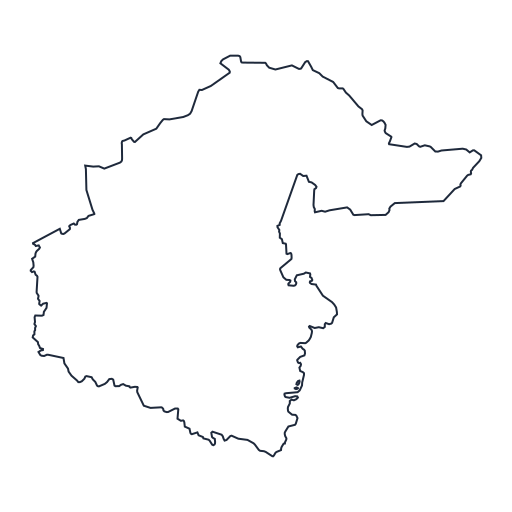 an SVG outline of Tyumen'
{"feature_id": "RUS-2398", "entity_name": "Tyumen'", "entity_type": "Region", "adm_level": 1, "iso_a3": "RUS", "parent_name": "Russia", "parent_adm1": "", "projection": "orthographic", "projection_center": [69.281, 57.561], "detail": "fine", "context": "isolated", "style": "outline", "palette": "slate", "viewbox_px": 512, "rotation_deg": 0, "n_neighbors": 0, "source": "natural_earth", "source_scale": "10m", "svg_char_len": 5982}
<svg xmlns="http://www.w3.org/2000/svg" viewBox="0 0 512 512"><path d="M224.6,440.6L223.6,438.8L222.8,436.3L221.6,434.7L212.5,431.7L211.3,432.8L212.0,436.9L212.7,437.7L214.8,438.9L215.1,442.0L215.0,443.4L214.5,444.5L213.3,445.2L212.2,444.7L209.6,440.6L208.6,439.7L203.4,438.4L202.9,437.0L198.6,435.3L197.4,432.4L191.8,434.2L190.9,433.7L190.4,432.9L189.5,428.7L184.8,426.6L184.3,422.2L183.8,420.9L183.1,420.4L180.9,420.8L177.5,418.7L178.3,409.3L177.7,408.5L175.1,408.5L168.1,412.0L166.7,412.1L164.4,411.4L163.5,410.5L163.2,408.9L162.2,407.7L161.3,407.3L150.5,407.9L143.8,405.7L137.3,392.2L137.1,390.7L137.7,387.4L137.4,387.0L134.9,386.8L130.5,387.6L129.7,387.2L129.5,386.4L129.0,386.2L125.9,385.7L123.2,384.1L121.0,384.8L119.2,386.1L115.4,386.2L114.5,385.6L113.2,379.6L111.8,378.8L109.3,379.1L107.0,382.1L104.8,383.9L98.9,386.4L97.6,386.1L97.0,385.5L95.3,381.9L92.8,379.4L91.6,377.2L86.5,376.1L85.3,376.6L84.4,378.7L81.8,381.3L79.9,382.1L78.3,382.1L77.0,380.5L71.5,375.7L68.6,371.6L68.0,368.6L64.4,363.4L63.5,358.0L48.4,354.8L47.0,354.7L44.1,356.0L41.5,355.7L40.3,355.0L38.5,352.0L40.8,350.5L42.9,350.1L43.0,349.0L40.0,348.0L39.1,345.6L38.2,344.3L37.9,342.1L32.7,337.4L33.1,335.4L34.4,334.4L34.4,331.3L35.1,330.2L35.1,327.9L35.9,326.1L34.4,324.0L35.0,322.0L34.6,317.2L35.3,315.5L41.9,315.7L43.5,315.0L43.9,311.8L46.5,307.9L47.0,303.3L46.5,302.9L43.1,303.7L41.1,305.6L39.3,304.2L39.2,303.6L39.6,301.0L38.0,298.8L38.5,296.4L38.5,295.6L36.7,292.9L36.6,291.9L37.5,276.8L37.0,275.8L35.6,274.7L34.6,271.7L33.8,271.4L32.0,272.1L30.7,270.8L30.8,270.0L33.4,267.2L33.6,265.7L33.3,262.4L32.1,258.8L35.2,256.6L35.5,253.6L36.0,252.2L36.8,251.0L39.2,248.8L39.9,247.5L38.7,245.4L35.8,246.0L35.0,244.8L33.1,243.8L33.0,243.1L59.8,228.8L61.2,233.3L61.5,233.6L63.2,234.0L64.5,233.5L69.8,229.2L70.0,228.0L69.2,226.2L70.4,225.0L73.8,223.5L75.0,224.7L76.4,224.7L77.0,224.2L77.4,221.9L78.8,219.9L84.8,218.9L86.8,218.1L88.5,215.9L94.3,214.1L94.3,213.5L92.5,209.8L86.4,190.0L85.9,169.1L85.2,165.6L93.2,166.6L98.9,166.3L104.3,168.6L120.0,162.6L121.4,161.5L122.0,160.1L122.1,158.4L121.9,144.5L121.7,143.0L122.1,141.5L122.5,141.0L124.5,140.5L130.6,137.7L131.3,138.0L131.7,139.1L134.0,141.8L134.9,142.0L143.3,134.4L156.3,128.7L160.3,123.0L162.9,119.8L164.0,119.1L169.4,119.4L183.2,117.0L187.9,115.2L190.1,113.7L191.6,111.1L198.2,91.7L199.4,89.8L201.9,90.0L210.8,86.0L229.7,72.7L229.8,71.5L228.8,69.7L220.4,63.3L221.3,61.1L223.0,59.4L230.1,55.7L238.2,55.7L239.6,56.1L240.3,57.1L241.1,61.6L241.6,62.4L242.9,62.6L265.2,62.8L266.0,63.5L266.9,65.3L269.2,67.7L275.4,69.5L291.9,65.4L298.9,68.9L299.8,68.9L301.1,68.5L305.2,62.1L306.9,61.1L308.0,61.2L311.3,67.0L312.8,70.1L319.3,73.2L322.7,76.6L333.2,82.0L337.8,88.0L339.1,88.4L342.7,88.4L343.4,88.9L345.9,92.6L349.2,95.5L358.4,106.4L362.0,109.2L362.6,110.4L362.4,114.1L362.6,115.6L366.3,121.3L371.7,125.0L380.6,120.3L382.0,120.4L383.3,121.3L384.4,122.6L385.6,124.9L385.3,128.4L384.6,130.5L384.9,131.7L385.7,133.1L391.3,136.7L391.4,137.2L389.9,141.3L388.9,143.3L389.1,144.2L406.9,146.9L409.5,146.6L414.7,143.5L416.7,144.0L419.0,146.3L420.2,146.8L424.8,145.3L429.7,146.4L430.7,146.9L435.3,151.5L438.0,151.6L441.5,150.5L462.7,148.7L466.2,149.5L469.7,152.4L473.0,150.3L474.2,150.3L481.1,155.3L481.3,157.9L479.3,161.2L473.1,167.8L472.1,169.8L471.1,170.6L470.8,171.6L471.1,173.4L470.7,174.3L468.2,174.9L467.1,175.7L461.0,183.2L460.4,184.4L460.6,185.7L460.1,186.5L454.7,189.0L443.5,201.1L394.8,203.1L390.5,206.6L389.3,208.6L389.5,210.1L388.6,212.2L385.6,214.9L370.8,215.2L368.6,214.2L354.4,215.1L353.3,214.7L350.2,209.6L347.1,207.4L329.6,210.3L325.1,211.7L321.6,210.8L315.0,212.3L314.7,211.2L314.8,209.0L313.8,207.1L313.5,205.0L314.2,190.5L314.4,189.2L316.0,188.1L316.5,186.8L315.2,185.0L311.6,182.4L308.9,181.8L306.5,175.7L303.2,176.0L300.1,173.8L298.4,174.1L297.3,174.9L281.0,220.9L279.7,223.3L279.7,224.9L277.4,225.9L277.5,227.2L279.3,229.9L279.1,231.7L279.9,233.5L279.8,237.7L281.9,239.2L282.8,243.1L285.7,243.7L286.0,244.3L286.5,253.7L287.4,254.1L290.4,253.0L291.1,253.4L291.5,254.9L291.6,257.9L291.4,259.0L280.4,268.2L280.0,269.1L280.3,270.3L283.4,277.3L286.3,279.8L289.5,280.0L290.4,280.5L290.2,281.8L288.4,283.6L288.3,284.6L288.6,285.3L293.8,285.8L295.2,285.3L295.9,284.4L296.3,283.2L296.2,282.3L295.0,281.1L294.8,279.3L296.8,275.3L303.9,273.7L305.8,272.5L310.0,273.4L310.3,274.4L310.0,276.9L311.5,277.9L312.3,280.0L312.0,280.7L310.0,281.4L309.8,282.3L310.0,282.9L311.5,284.0L316.0,284.6L316.5,285.9L322.9,295.7L332.0,302.1L334.2,304.5L336.1,307.5L336.9,312.1L337.0,314.4L333.8,317.3L332.1,322.8L331.3,323.6L329.1,324.2L325.7,323.0L324.8,324.2L324.8,326.9L323.2,328.2L318.8,327.2L314.7,328.0L309.7,326.0L309.0,326.6L309.3,327.6L311.4,329.6L312.0,331.1L311.8,333.0L310.8,337.0L309.7,339.0L308.7,340.5L306.1,342.8L305.2,343.2L300.3,342.9L298.8,343.6L297.4,345.3L297.2,346.3L297.8,347.3L300.9,346.5L302.7,348.8L304.1,349.7L304.8,350.7L305.0,353.5L304.4,355.4L300.2,356.9L297.3,359.8L297.2,360.4L298.0,362.5L299.0,363.1L300.2,362.8L301.0,364.2L300.7,365.8L299.4,367.6L300.2,371.0L302.8,372.1L304.0,373.2L304.0,374.9L302.2,382.4L302.0,385.5L299.7,390.4L297.6,392.2L286.1,393.2L284.6,393.6L284.4,394.7L285.0,396.5L285.8,397.1L289.6,397.8L295.1,396.2L297.3,396.4L297.9,397.6L296.3,399.2L293.9,400.3L291.6,399.6L289.8,401.0L289.8,403.5L288.0,407.0L287.8,408.4L288.0,410.8L288.4,411.7L292.1,414.7L295.4,414.9L296.3,415.6L297.5,418.1L295.8,423.7L295.0,424.8L288.4,426.5L285.6,431.0L284.8,432.5L284.7,433.9L285.2,436.1L286.4,438.3L286.3,439.5L284.9,442.5L284.9,443.5L283.6,443.7L281.7,446.8L281.2,448.1L281.0,450.1L276.4,452.0L275.4,452.9L273.9,455.5L273.1,456.3L272.3,456.2L265.7,451.9L263.9,451.2L260.1,450.8L258.8,449.9L254.9,444.6L253.6,443.3L247.5,439.9L238.3,438.7L231.6,435.7L230.4,436.0L226.5,440.0L224.6,440.6ZM297.5,384.9L298.3,384.6L299.2,383.1L299.6,381.5L299.4,380.6L298.1,381.0L296.8,382.7L296.4,384.2L297.5,384.9ZM296.0,389.1L297.0,388.9L297.9,388.4L297.8,387.9L296.5,387.4L294.7,388.1L294.7,388.5L296.0,389.1Z" fill="none" stroke="#1e293b" stroke-width="2"/></svg>